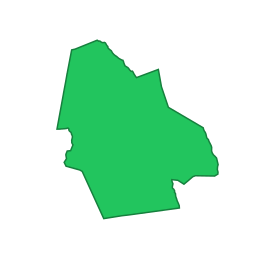 Nsoc Nsomo, Kié-Ntem, Equatorial Guinea (Natural Earth projection), rotated 339°
{"feature_id": "11065452B43435483695389", "entity_name": "Nsoc Nsomo", "entity_type": "district", "adm_level": 2, "iso_a3": "GNQ", "parent_name": "Equatorial Guinea", "parent_adm1": "Kié-Ntem", "projection": "natural_earth1", "projection_center": [11.077, 1.936], "detail": "fine", "context": "isolated", "style": "filled", "palette": "green", "viewbox_px": 256, "rotation_deg": 339, "n_neighbors": 0, "source": "geoboundaries", "source_scale": "gbopen_adm2", "svg_char_len": 2450}
<svg xmlns="http://www.w3.org/2000/svg" viewBox="0 0 256 256"><g transform="rotate(339 128 128)"><path d="M147.4,65.9L147.5,65.3L147.6,64.2L147.5,63.3L147.5,62.9L146.9,62.6L145.7,61.3L144.3,59.6L142.8,56.7L142.4,56.5L141.8,55.4L141.2,54.4L140.4,52.3L140.4,52.2L140.1,50.0L139.5,48.9L139.0,48.3L139.0,48.2L138.9,48.1L138.1,46.2L138.1,45.9L138.0,45.7L138.1,45.4L138.4,44.6L137.9,43.7L137.8,43.4L137.7,42.4L137.4,40.5L136.6,39.6L135.4,39.4L135.1,39.3L134.1,38.6L133.9,38.4L133.8,38.2L133.3,37.3L132.8,36.7L132.0,36.5L131.9,36.4L131.6,36.3L131.6,36.2L130.7,35.0L106.9,35.4L105.5,35.2L103.4,34.9L100.3,39.9L92.3,52.8L91.9,53.4L91.5,54.1L91.2,54.6L90.8,55.3L90.7,55.3L86.4,62.5L80.3,72.4L79.8,73.3L61.3,103.6L62.1,103.9L64.0,104.6L65.0,104.9L66.0,105.1L66.9,105.5L67.0,105.5L68.0,105.7L68.7,106.0L68.8,106.0L70.4,106.4L70.5,106.4L71.3,106.4L72.0,106.6L72.4,107.2L72.4,107.3L72.4,107.8L72.3,108.1L72.2,108.3L72.1,108.5L72.1,109.3L72.1,109.5L72.7,110.8L72.8,111.0L73.2,111.5L73.2,112.4L73.2,113.1L73.1,113.5L73.0,113.8L73.2,115.1L73.1,115.7L73.0,116.1L72.6,117.0L72.2,117.6L71.9,118.0L71.7,118.3L71.1,119.2L71.0,119.3L71.0,119.5L70.7,120.4L70.4,121.2L70.3,121.4L70.3,121.6L70.3,122.6L70.3,122.8L70.6,124.0L66.3,128.6L63.0,127.7L60.6,130.3L60.2,131.4L59.6,134.6L56.1,137.2L56.5,141.5L67.9,149.9L69.7,152.1L72.9,203.9L90.8,207.7L97.4,209.4L147.3,221.1L148.0,218.8L148.0,218.7L148.0,216.8L148.0,216.7L147.9,215.0L147.8,213.4L148.0,211.6L148.0,209.5L148.2,208.3L148.8,206.3L148.8,206.2L148.8,205.8L148.3,204.8L148.9,203.7L149.0,203.5L149.0,203.4L148.8,201.7L148.7,201.5L148.7,201.4L148.0,200.3L148.2,199.1L148.8,198.0L149.9,196.3L149.9,196.2L150.0,196.0L150.0,195.9L149.9,194.4L150.0,193.1L150.4,191.9L155.8,194.7L160.1,200.5L164.9,198.9L171.0,196.7L173.8,196.7L191.7,203.9L195.0,203.3L195.3,203.3L196.2,201.5L196.5,198.8L197.8,196.1L199.0,194.5L199.4,191.5L199.7,189.3L199.9,187.8L199.0,185.4L198.7,184.9L198.1,183.6L197.7,181.4L197.8,179.4L198.5,177.7L199.2,176.0L199.3,174.3L199.1,172.1L198.8,169.5L198.9,167.7L198.0,165.4L198.3,163.4L198.5,162.1L198.6,160.8L198.5,159.6L198.1,157.9L198.1,156.1L198.3,154.8L173.1,123.2L174.0,101.5L177.3,84.2L154.0,84.0L153.8,83.3L153.4,81.9L152.9,79.4L152.8,77.7L152.5,76.5L151.5,76.3L151.4,76.2L151.2,76.2L151.1,75.9L150.5,74.7L150.4,74.6L150.0,72.8L149.5,71.5L148.6,70.4L147.6,69.0L147.5,68.9L147.4,68.8L147.4,68.7L147.4,68.4L147.5,67.5L147.4,66.2L147.4,65.9Z" fill="#22c55e" stroke="#15803d" stroke-width="1.5"/></g></svg>